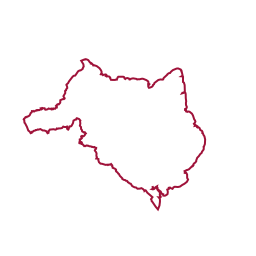 outline of Eton, Shefa, Vanuatu, rotated 320°
{"feature_id": "77236927B17135940935596", "entity_name": "Eton", "entity_type": "district", "adm_level": 2, "iso_a3": "VUT", "parent_name": "Vanuatu", "parent_adm1": "Shefa", "projection": "orthographic", "projection_center": [168.474, -17.706], "detail": "fine", "context": "isolated", "style": "outline", "palette": "rose", "viewbox_px": 256, "rotation_deg": 320, "n_neighbors": 0, "source": "geoboundaries", "source_scale": "gbopen_adm2", "svg_char_len": 5732}
<svg xmlns="http://www.w3.org/2000/svg" viewBox="0 0 256 256"><g transform="rotate(320 128 128)"><path d="M84.0,137.6L85.1,138.7L87.1,141.8L88.7,142.9L88.8,143.5L90.1,143.8L90.7,144.7L91.9,144.7L91.9,146.6L91.1,147.3L91.1,148.3L90.7,148.7L91.7,150.5L92.1,152.1L91.8,152.7L91.2,152.9L91.0,153.6L91.4,155.5L91.2,156.7L91.5,157.6L91.0,159.2L91.3,162.8L90.9,163.3L91.4,164.9L92.4,166.2L92.4,166.9L93.2,167.8L93.3,168.5L93.0,169.4L93.4,170.0L93.5,171.3L94.3,172.5L93.9,175.1L94.4,176.5L95.0,177.8L95.9,178.7L96.2,180.6L98.3,182.2L99.5,182.6L100.1,183.9L100.3,185.1L100.3,186.4L100.1,186.8L101.2,186.8L101.5,187.3L101.2,190.0L102.3,196.7L99.9,197.3L99.7,198.4L99.1,199.3L99.2,200.2L98.6,206.1L98.6,209.6L102.3,207.6L105.0,205.1L106.5,203.3L106.9,202.5L106.9,201.0L107.4,201.6L108.4,202.0L108.7,201.9L109.0,201.5L108.6,201.1L108.7,200.6L109.5,199.8L109.7,199.2L111.0,198.2L110.9,194.3L111.2,193.2L112.1,192.4L112.1,191.9L111.3,191.4L108.7,191.5L107.6,191.0L107.1,190.3L107.6,190.4L108.8,189.7L108.8,189.2L109.4,188.3L108.9,189.8L107.9,190.5L107.9,190.9L109.4,191.4L110.9,191.0L112.6,191.3L112.3,191.5L112.3,192.6L111.6,193.5L111.4,194.4L112.2,197.7L111.6,200.1L112.3,201.2L111.9,201.4L112.0,201.9L111.6,202.5L112.5,203.4L113.3,203.8L115.6,204.1L116.8,203.2L117.8,202.0L118.5,200.4L120.2,200.9L120.8,200.0L121.9,200.6L122.0,201.4L123.0,203.2L124.7,202.7L126.1,203.1L128.3,205.3L130.2,206.3L133.0,206.5L135.4,207.0L138.5,207.1L140.9,206.1L141.2,204.3L143.4,201.6L143.8,199.7L142.7,199.1L142.6,198.8L143.4,198.5L143.6,197.4L146.1,198.0L146.7,198.4L148.3,198.8L152.3,198.5L152.2,198.7L153.1,198.9L154.4,198.5L154.7,197.9L155.6,197.6L157.3,197.7L158.8,197.4L159.4,196.7L161.9,195.3L164.1,195.1L166.6,194.4L168.4,194.4L169.5,193.7L172.1,193.1L173.4,191.8L173.7,191.1L174.1,191.1L176.6,189.7L179.7,186.4L181.2,183.5L181.4,181.7L182.0,180.2L181.7,179.5L182.5,179.0L182.8,177.7L182.1,176.1L182.8,173.9L182.4,172.7L181.7,172.5L181.4,171.8L181.5,171.3L182.2,171.1L182.0,170.3L181.6,169.6L181.1,169.6L180.5,169.3L181.6,168.7L181.6,168.1L181.4,167.5L180.4,167.1L182.0,167.1L183.7,166.5L184.2,165.3L184.3,163.9L185.8,160.2L186.2,158.1L185.6,155.1L184.6,153.9L183.7,153.7L183.6,153.0L183.2,152.6L184.3,151.0L183.4,151.5L183.2,150.9L184.0,150.1L185.1,150.5L186.0,150.2L186.6,149.7L187.2,147.7L188.5,146.0L189.7,145.0L191.5,142.2L194.0,139.1L194.6,137.8L194.5,137.4L191.7,136.2L192.3,136.0L192.9,136.5L194.9,136.7L199.0,131.5L200.0,129.2L199.7,128.1L203.1,124.1L203.1,123.7L202.2,122.8L203.5,123.0L205.9,118.3L206.0,116.6L205.7,118.2L204.9,119.7L205.7,118.0L205.7,116.5L204.6,114.5L203.4,113.7L199.6,112.5L197.1,112.5L195.6,112.9L194.3,112.2L192.5,112.2L192.3,112.4L187.9,112.6L187.0,112.8L186.2,113.4L185.5,113.1L184.1,111.7L182.1,110.7L177.2,110.5L176.0,111.2L174.8,111.1L174.3,111.6L173.0,111.8L171.4,111.4L169.9,110.7L170.0,109.8L170.5,108.7L171.5,108.0L172.1,108.4L172.6,108.2L172.4,107.3L172.0,107.0L173.1,106.1L173.4,105.3L172.9,103.2L171.3,100.2L170.5,99.3L168.0,98.0L166.9,97.0L166.2,96.7L166.0,95.8L163.8,93.2L161.9,92.2L160.6,92.1L160.3,91.7L160.6,91.2L160.5,90.7L159.6,89.3L158.3,88.6L157.4,88.7L157.2,87.9L157.7,86.5L157.3,85.7L153.5,82.5L152.6,82.6L150.5,83.8L149.9,83.1L149.0,82.9L145.9,80.2L146.4,78.2L146.8,77.9L146.7,76.6L145.4,75.0L144.8,74.9L144.4,73.9L145.5,73.6L145.4,72.7L143.6,71.6L142.8,71.4L142.9,70.2L141.9,69.7L141.7,69.4L143.3,68.7L144.0,67.8L144.4,66.4L144.6,63.9L143.8,60.4L142.2,57.8L141.9,58.0L141.6,57.7L141.8,57.4L141.8,56.1L141.4,55.5L141.7,55.5L141.7,54.9L141.4,54.1L141.1,54.1L141.0,53.1L141.2,50.5L140.4,48.8L139.5,47.8L139.0,47.9L138.4,47.4L135.4,46.4L134.8,50.5L133.5,52.5L132.6,52.7L131.2,53.6L128.7,53.4L127.9,52.8L126.2,52.5L121.3,53.9L119.9,53.1L118.6,53.1L112.6,54.4L111.1,55.1L108.7,55.2L108.4,55.6L108.1,56.9L107.2,58.3L105.9,58.5L104.9,59.2L104.7,59.0L103.6,59.2L102.4,60.9L99.0,62.1L98.6,63.6L98.7,64.1L98.4,64.7L97.5,64.7L96.5,63.9L94.0,63.2L92.4,65.0L91.8,65.2L90.2,65.4L90.0,64.9L89.1,64.5L88.4,64.6L88.7,64.8L87.4,64.7L87.0,65.2L87.3,65.7L87.2,66.0L86.6,66.6L85.7,66.1L84.5,66.4L83.8,65.4L82.9,65.6L82.1,65.1L82.8,64.8L82.3,64.4L81.4,64.4L81.3,64.1L81.6,63.8L80.5,63.2L79.7,62.0L78.5,62.0L76.7,61.1L76.4,60.7L76.8,59.3L75.8,58.4L75.0,58.3L75.3,57.7L75.1,57.4L74.5,57.4L73.9,56.9L73.6,57.7L73.2,57.9L72.8,57.4L71.6,57.3L70.8,56.5L70.3,56.5L70.1,55.9L69.6,55.6L69.0,55.8L68.3,55.2L66.8,55.1L66.4,54.7L66.3,54.0L65.6,53.8L65.2,53.3L64.2,54.1L63.0,54.0L61.3,54.9L60.3,55.1L58.9,54.9L58.0,54.4L57.3,54.6L56.5,53.8L55.5,54.1L54.1,54.1L53.6,54.4L53.7,55.1L52.1,57.4L52.2,58.2L51.3,62.2L50.0,65.8L50.4,67.8L50.1,69.4L51.2,69.8L52.0,69.2L52.6,69.7L53.8,69.5L55.0,70.2L56.0,70.2L56.6,70.8L57.9,71.1L58.2,71.6L60.2,72.5L61.1,75.1L62.3,76.1L63.3,77.8L63.0,80.3L64.0,80.6L65.2,79.2L65.8,79.4L67.0,78.9L70.2,81.1L71.3,82.6L72.1,82.9L73.2,82.6L73.7,83.5L74.4,83.6L76.2,85.0L77.5,85.6L79.3,85.3L79.8,86.2L81.2,87.5L82.4,87.7L82.5,87.9L81.0,89.2L80.8,89.8L81.1,90.8L81.7,90.7L82.1,90.1L83.2,90.0L84.4,89.3L85.6,90.1L86.3,90.0L89.0,88.9L91.0,87.3L92.7,87.6L93.8,88.2L94.6,87.6L95.1,87.6L96.3,89.7L96.3,91.6L95.9,91.7L94.2,94.1L92.6,95.3L92.6,97.1L91.4,98.6L91.4,99.9L90.7,101.1L91.1,102.1L91.2,102.9L92.2,103.4L92.2,105.1L91.2,105.1L90.5,105.6L89.1,105.8L88.4,105.7L87.8,104.5L86.7,104.3L86.4,104.6L86.3,106.0L86.1,106.2L84.9,106.2L83.7,105.7L83.2,106.2L83.1,106.9L82.4,107.4L81.7,107.5L81.0,108.4L81.3,108.8L82.4,108.6L83.3,108.9L83.3,109.5L82.2,110.5L82.8,111.2L82.8,113.7L83.5,113.9L83.6,114.4L85.3,114.9L85.6,115.6L86.1,115.9L86.6,117.1L87.8,118.3L88.2,119.4L88.8,119.7L89.1,120.5L90.1,121.0L90.4,122.5L90.8,122.8L90.2,123.4L89.2,123.3L88.1,123.9L88.0,125.9L87.6,127.2L85.8,129.1L85.5,130.3L84.1,131.0L84.8,131.7L85.4,132.8L84.6,133.6L83.8,135.5L84.0,137.6Z" fill="none" stroke="#9f1239" stroke-width="2"/></g></svg>